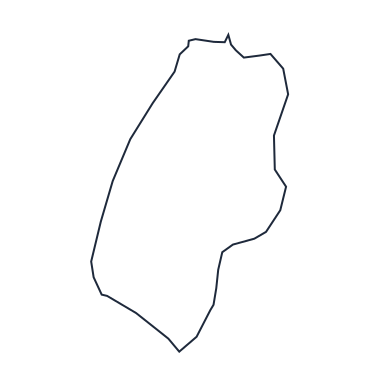 Vrapcište, Robinson projection, rotated 276°
{"feature_id": "MKD-2959", "entity_name": "Vrapcište", "entity_type": "Statistical Region", "adm_level": 1, "iso_a3": "MKD", "parent_name": "North Macedonia", "parent_adm1": "", "projection": "robinson", "projection_center": [20.847, 41.862], "detail": "fine", "context": "isolated", "style": "outline", "palette": "slate", "viewbox_px": 384, "rotation_deg": 276, "n_neighbors": 0, "source": "natural_earth", "source_scale": "10m", "svg_char_len": 634}
<svg xmlns="http://www.w3.org/2000/svg" viewBox="0 0 384 384"><g transform="rotate(276 192 192)"><path d="M31.9,196.0L43.7,183.8L65.8,149.0L79.8,118.4L80.5,112.9L96.9,103.1L112.3,99.0L153.0,104.4L194.6,112.0L238.1,125.1L276.2,143.6L309.9,162.1L327.6,165.4L336.5,173.0L342.1,173.0L344.4,179.5L343.6,198.0L344.4,208.9L352.1,211.7L342.7,215.4L337.5,220.8L331.1,229.5L334.7,244.7L337.5,255.6L324.2,269.8L299.2,277.4L256.7,267.6L223.0,272.0L207.1,285.0L183.1,281.7L160.1,269.8L152.1,258.9L144.0,238.2L135.3,228.4L117.4,226.2L98.9,226.2L82.1,225.2L76.5,222.6L48.5,211.7L31.9,196.0Z" fill="none" stroke="#1e293b" stroke-width="2"/></g></svg>